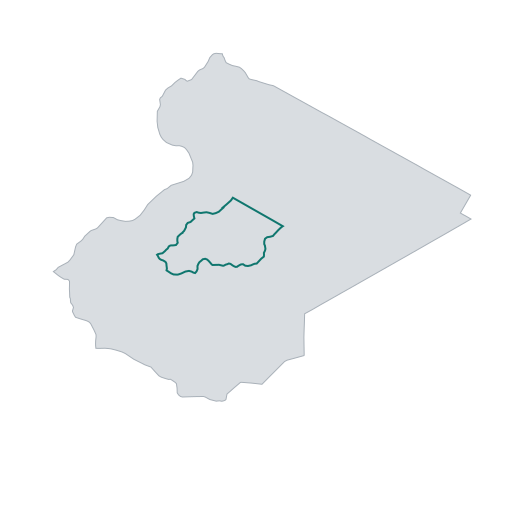 Libya, with Al Jufrah highlighted, rotated 300°
{"feature_id": "LBY-2964", "entity_name": "Al Jufrah", "entity_type": "Municipality", "adm_level": 1, "iso_a3": "LBY", "parent_name": "Libya", "parent_adm1": "", "projection": "natural_earth1", "projection_center": [16.482, 27.933], "detail": "fine", "context": "in_parent", "style": "outline", "palette": "teal", "viewbox_px": 512, "rotation_deg": 300, "n_neighbors": 0, "source": "natural_earth", "source_scale": "10m", "svg_char_len": 4790}
<svg xmlns="http://www.w3.org/2000/svg" viewBox="0 0 512 512"><g transform="rotate(300 256 256)"><path d="M100.2,160.7L102.7,159.4L106.1,157.9L107.9,156.8L108.6,155.9L111.3,152.1L112.6,150.0L114.5,147.1L115.3,145.1L115.4,143.2L115.1,141.0L113.8,135.6L112.7,130.4L113.7,128.4L114.4,127.4L116.0,125.0L116.7,124.5L120.1,123.7L121.5,122.1L122.5,120.0L122.8,119.0L124.3,117.8L126.1,116.7L127.2,115.3L130.9,113.0L134.1,110.9L138.0,108.8L140.9,107.1L141.6,105.6L141.5,104.4L140.0,101.5L140.0,98.1L140.2,95.2L140.4,93.6L141.1,88.9L141.2,88.3L144.2,89.8L147.3,90.4L156.6,96.2L159.5,96.9L166.0,97.6L173.7,95.2L176.6,94.8L181.6,97.0L183.9,97.6L187.6,97.8L194.0,99.8L195.6,100.5L199.3,103.7L201.1,104.7L214.4,107.6L216.2,109.6L218.0,113.3L218.1,117.9L219.1,121.3L220.7,125.6L222.7,128.7L224.9,131.3L227.4,132.9L233.3,135.3L239.8,136.2L246.5,136.5L257.9,139.8L267.6,143.5L270.0,145.4L274.8,147.2L284.5,156.1L289.9,159.2L293.7,159.8L297.0,159.2L303.0,156.1L305.5,154.3L311.5,146.6L313.4,142.6L314.2,139.8L313.9,137.0L313.2,134.4L311.5,131.7L310.2,128.1L309.5,121.7L310.4,117.3L311.5,114.6L313.3,111.9L318.2,106.7L323.2,103.0L332.0,98.2L337.1,98.2L339.2,97.6L343.4,94.3L345.1,94.1L347.4,95.0L354.4,94.7L357.4,95.7L361.1,97.8L365.8,99.1L369.0,100.4L372.5,102.1L373.4,106.2L373.0,107.5L373.0,109.1L376.6,112.0L386.9,113.3L388.9,114.1L391.8,116.3L393.6,117.0L400.6,117.3L404.7,116.8L408.6,117.6L410.1,118.4L411.6,120.1L413.5,124.3L414.3,125.7L413.5,126.4L412.4,127.8L411.8,129.2L410.0,131.3L408.5,133.5L408.7,136.9L409.1,140.3L410.2,143.6L411.2,147.2L411.0,149.6L410.3,152.6L409.4,155.1L406.5,160.1L406.0,161.4L406.3,163.1L408.2,169.1L408.4,171.0L409.7,176.8L410.8,181.6L412.0,185.3L412.2,186.4L412.3,191.9L412.4,197.4L412.5,202.9L412.6,208.4L412.7,213.9L412.8,219.4L412.9,224.9L413.0,230.4L413.1,235.9L413.2,241.4L413.4,247.0L413.5,252.5L413.6,258.0L413.7,263.5L413.8,269.0L413.9,274.5L414.0,280.0L414.1,285.5L414.2,291.0L414.2,296.5L414.3,302.0L414.4,307.5L414.5,313.0L414.6,318.5L414.7,324.0L414.8,329.5L414.9,335.0L415.0,340.6L415.1,346.1L415.2,351.6L415.2,357.1L415.3,362.6L415.5,374.8L415.7,387.0L415.9,399.2L416.0,411.4L415.9,411.4L415.8,411.5L410.7,411.5L405.6,411.5L400.5,411.5L395.4,411.5L395.4,414.6L395.5,417.6L395.5,420.7L395.5,423.7L385.6,418.0L375.6,412.2L365.6,406.4L355.7,400.6L345.7,394.8L335.8,389.0L325.9,383.2L316.0,377.4L306.1,371.6L296.2,365.8L286.3,360.0L276.4,354.2L266.6,348.4L256.7,342.6L246.9,336.8L237.0,331.1L230.3,327.0L222.9,331.0L217.2,334.0L209.6,338.1L200.9,343.3L194.2,347.3L193.9,347.3L193.6,347.2L186.7,340.4L181.3,335.0L178.9,333.5L168.7,330.8L158.6,328.1L147.9,325.3L146.0,320.9L143.9,316.1L141.0,310.0L139.2,306.3L138.7,305.7L130.5,302.8L121.9,299.9L116.8,301.7L115.9,301.5L114.5,300.5L113.1,299.0L112.4,296.9L110.4,294.1L108.6,287.7L108.5,282.6L108.1,280.8L103.8,273.6L99.8,267.1L97.1,262.8L96.6,260.8L97.0,258.4L98.1,256.2L102.1,253.7L105.7,250.9L106.2,248.9L106.5,243.6L105.4,242.0L104.6,238.8L103.7,234.5L103.7,231.8L105.4,226.3L107.3,220.6L106.2,214.3L105.5,201.6L106.2,191.6L105.9,188.0L105.6,186.5L104.5,181.8L103.1,176.9L102.4,175.2L100.6,171.3L97.6,166.4L96.0,163.5L98.2,161.9L100.2,160.7Z" fill="#d9dde1" stroke="#a8b0b8" stroke-width="1"/><path d="M198.8,185.7L200.6,185.1L203.1,183.2L204.7,182.1L205.5,180.9L205.7,179.6L205.7,177.6L205.3,175.9L205.3,174.1L205.8,172.7L207.0,171.0L207.6,169.7L208.6,170.2L210.1,171.8L211.6,173.6L214.7,174.7L216.6,175.1L218.3,175.8L220.7,175.7L222.0,176.4L222.7,177.1L224.0,179.3L225.5,181.2L228.3,181.6L229.6,180.4L231.5,179.3L233.5,178.6L236.3,179.4L238.2,180.1L239.2,180.8L239.5,180.6L241.9,181.2L245.8,181.0L248.0,180.0L250.5,180.3L252.7,182.3L255.7,183.2L257.7,183.9L259.6,182.1L261.1,181.1L262.6,181.1L264.4,182.7L264.8,184.6L265.7,186.8L267.4,188.9L269.1,191.2L270.0,193.9L270.8,197.4L273.0,199.7L275.8,201.7L279.0,202.7L281.3,203.5L281.3,203.0L285.7,204.6L291.5,206.5L294.9,206.8L295.1,239.6L295.2,251.9L295.2,264.3L294.4,263.9L292.2,263.1L289.4,262.3L286.2,261.6L283.9,261.0L281.9,260.7L279.8,258.7L277.9,256.3L275.5,255.2L272.7,255.9L270.4,257.2L269.5,258.5L266.9,260.6L265.2,261.1L262.6,261.3L261.1,262.3L259.4,263.1L256.4,261.9L252.9,261.1L249.8,260.4L248.6,258.7L247.0,257.4L245.5,256.4L243.3,254.0L242.2,251.5L242.4,248.9L241.2,247.2L240.0,246.4L238.2,245.4L237.2,245.0L236.3,243.7L236.1,241.6L236.2,239.8L236.4,238.0L236.4,237.8L235.9,236.2L234.6,235.3L233.3,234.0L231.9,233.2L231.1,232.4L230.5,230.5L229.9,228.4L228.0,225.3L226.5,222.9L226.5,222.2L226.6,221.7L227.3,219.8L228.1,217.4L228.5,215.4L228.2,213.4L226.5,211.5L225.0,211.1L222.4,210.1L220.7,210.0L218.1,210.3L215.5,211.9L212.9,212.2L210.8,211.8L210.3,210.0L210.3,208.1L209.6,205.4L207.2,202.6L203.6,200.1L202.1,198.8L200.9,197.7L199.8,195.8L198.8,193.8L198.5,191.1L198.7,188.1L198.8,185.7Z" fill="none" stroke="#0f766e" stroke-width="2"/></g></svg>